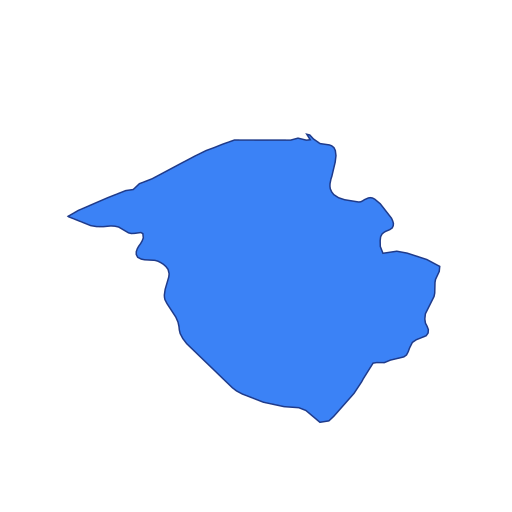 an SVG outline of Mahaica-Berbice, rotated 293°
{"feature_id": "GUY-679", "entity_name": "Mahaica-Berbice", "entity_type": "Region", "adm_level": 1, "iso_a3": "GUY", "parent_name": "Guyana", "parent_adm1": "", "projection": "albers", "projection_center": [-57.805, 6.276], "detail": "fine", "context": "isolated", "style": "filled", "palette": "blue", "viewbox_px": 512, "rotation_deg": 293, "n_neighbors": 0, "source": "natural_earth", "source_scale": "10m", "svg_char_len": 1867}
<svg xmlns="http://www.w3.org/2000/svg" viewBox="0 0 512 512"><g transform="rotate(293 256 256)"><path d="M219.1,67.5L228.5,74.6L251.6,96.6L265.3,110.5L269.2,117.0L277.0,120.4L286.4,130.1L311.0,150.0L324.6,161.1L333.6,168.9L339.4,175.1L345.9,181.6L354.3,190.8L363.2,211.9L376.2,242.6L380.9,248.6L382.3,257.1L384.2,260.5L387.9,255.2L388.4,258.2L386.2,263.1L384.5,271.0L386.9,280.1L387.0,282.6L386.2,285.4L384.1,287.8L379.6,290.4L373.4,292.2L358.8,294.7L356.2,294.9L351.4,295.9L349.1,296.8L346.9,298.1L344.5,300.7L342.9,303.6L341.9,309.1L342.4,315.5L345.8,329.4L346.8,331.2L348.4,332.6L350.2,333.8L353.3,336.7L354.4,338.5L354.9,340.6L354.7,343.1L352.6,350.0L343.7,366.0L341.5,368.3L339.6,369.8L337.4,370.5L335.0,370.4L332.5,368.8L329.2,365.6L327.5,364.4L325.4,363.4L322.4,363.2L318.6,364.3L313.3,366.7L308.1,371.8L315.4,383.7L317.7,394.0L319.5,414.6L318.2,429.2L313.4,430.7L304.6,430.4L301.6,431.1L291.7,435.0L288.3,435.7L269.0,434.5L264.0,436.0L260.4,438.2L258.1,441.0L255.6,443.4L252.4,444.5L249.1,443.8L241.5,436.2L237.5,433.7L231.5,433.3L227.4,433.5L223.7,433.2L220.9,431.5L212.7,420.4L208.0,415.8L205.0,408.6L203.1,405.6L184.9,402.7L181.5,402.4L167.9,399.9L138.8,390.2L132.7,387.5L127.9,379.8L133.3,362.3L133.1,354.7L128.3,340.7L124.3,320.0L123.6,297.3L124.2,290.7L125.5,285.7L148.2,226.5L151.4,220.9L155.0,216.5L158.0,214.3L160.9,212.7L164.6,210.1L168.4,206.1L177.4,192.7L180.3,189.2L182.2,187.9L184.2,186.9L189.9,185.4L202.6,183.9L205.7,183.0L209.3,180.3L211.1,177.2L212.2,173.9L212.7,170.8L212.9,167.7L212.5,164.6L209.0,154.9L208.3,151.6L208.6,147.6L210.6,145.2L213.2,144.1L216.3,143.9L219.2,144.2L222.1,144.9L225.4,145.3L228.6,145.2L232.4,143.1L232.6,140.8L229.4,135.4L228.0,132.5L227.5,129.6L229.0,118.2L228.3,114.4L227.0,110.7L223.3,103.9L220.8,97.8L219.4,92.0L218.9,68.2L219.1,67.5L219.1,67.5Z" fill="#3b82f6" stroke="#1e3a8a" stroke-width="1.5"/></g></svg>